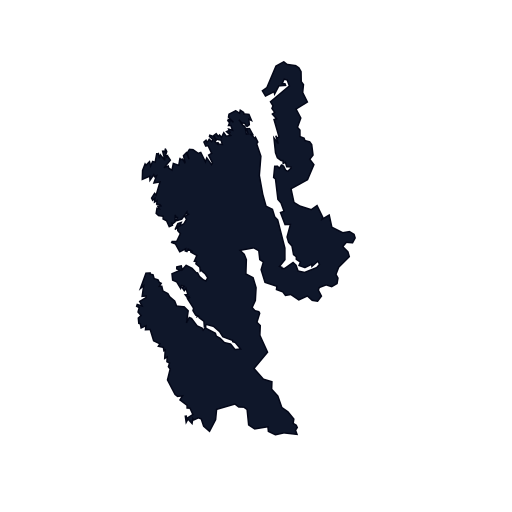 Lødingen nor, Nordland, Norway (orthographic projection), rotated 129°
{"feature_id": "86288312B56909660985265", "entity_name": "Lødingen nor", "entity_type": "district", "adm_level": 2, "iso_a3": "NOR", "parent_name": "Norway", "parent_adm1": "Nordland", "projection": "orthographic", "projection_center": [15.635, 68.46], "detail": "fine", "context": "isolated", "style": "filled", "palette": "ink", "viewbox_px": 512, "rotation_deg": 129, "n_neighbors": 0, "source": "geoboundaries", "source_scale": "gbopen_adm2", "svg_char_len": 6149}
<svg xmlns="http://www.w3.org/2000/svg" viewBox="0 0 512 512"><g transform="rotate(129 256 256)"><path d="M123.6,355.0L125.7,349.3L116.9,345.4L118.4,343.5L109.4,345.3L104.8,340.4L103.9,341.9L105.5,344.3L100.8,345.4L99.6,342.5L102.8,337.1L127.0,341.8L128.6,337.3L131.3,336.5L132.6,331.8L135.4,332.6L136.4,326.4L138.6,327.9L149.0,313.0L151.0,313.9L150.1,316.3L154.8,309.2L153.0,316.3L163.5,305.8L166.2,301.2L166.0,296.4L164.9,295.1L167.0,293.1L164.7,292.1L167.3,288.3L164.8,285.0L165.5,284.0L170.2,284.6L170.7,287.0L168.8,291.1L169.3,293.5L173.2,293.0L172.7,295.8L174.5,297.9L183.9,291.7L183.8,289.4L198.2,274.6L199.0,270.0L203.6,262.3L206.8,264.3L213.3,253.2L209.8,249.1L221.7,243.8L224.8,239.3L225.6,234.3L231.3,227.7L231.2,224.2L233.2,222.6L232.8,217.6L236.3,216.6L234.2,210.7L227.3,207.5L228.9,206.0L221.0,204.7L222.5,201.4L226.7,201.5L238.2,207.9L241.2,213.9L238.0,219.1L237.7,223.1L247.7,225.9L249.4,228.0L248.5,228.7L249.4,231.2L240.7,231.2L231.7,238.5L214.3,261.9L213.8,266.1L209.4,272.6L211.0,279.5L203.8,289.6L191.3,304.1L175.4,315.0L168.4,326.1L166.3,326.3L164.2,330.9L165.2,330.6L164.9,336.5L163.7,334.8L161.1,341.2L162.9,343.3L166.1,339.0L167.4,340.1L162.2,346.3L162.8,348.2L160.9,355.1L161.5,350.6L160.0,348.4L161.0,344.5L158.2,343.8L154.2,347.7L153.5,344.8L150.4,350.6L153.2,354.8L152.2,356.0L152.6,360.0L155.4,358.6L155.9,363.2L162.8,366.2L165.4,364.8L166.3,357.5L166.3,361.9L167.3,363.2L168.3,360.3L168.4,363.7L169.1,360.4L171.9,359.5L170.5,357.7L173.0,353.3L174.6,357.1L176.8,353.2L175.7,356.1L177.9,357.2L178.3,351.6L181.6,354.5L180.5,358.6L185.6,357.4L184.9,360.5L186.9,360.6L186.0,363.9L188.8,364.6L190.5,360.9L188.0,356.0L190.5,352.3L192.6,355.6L191.5,357.3L193.2,356.1L192.9,360.2L191.2,359.9L190.0,364.7L191.2,367.9L192.4,367.4L192.6,362.6L195.0,362.4L194.7,365.8L198.8,365.4L197.5,367.7L200.2,368.2L202.2,364.3L200.4,362.7L204.1,355.1L207.4,356.3L211.1,348.3L213.0,348.1L210.8,356.0L214.7,354.5L210.3,364.1L212.6,365.5L213.0,371.9L215.0,374.8L219.1,374.3L222.9,369.0L219.5,375.1L223.7,375.5L228.6,369.1L227.0,374.2L229.3,375.8L227.4,376.8L234.2,373.1L236.1,378.5L242.2,375.3L242.6,379.2L241.3,380.8L245.3,383.0L235.4,382.9L234.1,387.0L235.6,387.8L233.9,388.2L235.3,389.4L231.0,391.1L229.7,394.1L232.8,391.4L232.4,393.5L233.3,394.5L239.0,387.0L237.6,394.0L241.1,392.5L237.9,396.3L239.2,396.8L238.5,397.8L246.6,393.4L247.6,395.8L252.4,394.5L249.7,398.1L254.8,398.6L254.3,400.1L260.9,398.0L268.0,392.6L260.8,388.8L263.8,386.1L257.2,386.6L258.3,384.7L256.2,383.8L263.5,381.3L258.8,377.2L271.6,371.9L271.1,374.2L276.7,373.6L277.7,371.4L274.8,370.9L277.9,368.8L275.2,367.7L278.2,365.8L276.4,362.8L276.9,361.4L279.1,363.7L280.2,360.8L281.2,363.0L285.7,360.4L285.9,357.1L283.5,353.1L285.7,351.5L284.9,347.6L287.8,341.9L284.7,340.3L283.1,343.0L283.8,341.1L280.4,340.4L274.9,344.7L276.2,342.4L275.5,341.3L279.1,340.3L274.1,336.9L265.3,337.4L267.5,335.2L265.2,334.4L270.2,336.1L271.1,333.1L276.5,332.3L280.6,334.1L277.0,335.2L280.0,337.1L286.4,335.5L282.5,335.1L285.5,332.8L286.2,328.8L294.6,326.8L297.5,330.3L298.6,330.0L297.3,326.2L300.7,317.9L294.7,315.2L296.6,314.2L296.0,312.5L292.5,313.2L294.0,312.1L292.7,310.5L293.7,309.3L291.6,308.6L293.8,308.2L292.8,302.3L298.9,300.6L297.7,298.7L299.9,297.8L300.0,292.6L302.7,289.9L301.7,289.8L301.8,284.4L303.3,279.8L306.9,279.2L307.7,281.8L307.5,287.2L305.9,290.8L306.7,291.8L305.8,297.9L307.2,304.4L313.2,304.7L310.7,307.9L314.3,310.7L315.9,309.5L314.6,305.8L322.7,310.1L327.2,305.6L326.0,301.3L328.6,294.2L325.8,295.4L324.8,292.8L327.1,293.3L328.1,289.9L325.2,290.1L328.8,284.6L330.7,286.6L331.3,283.9L330.2,282.9L332.5,283.0L329.4,281.3L332.5,281.7L335.8,271.7L338.1,270.6L339.9,265.6L339.1,263.9L340.1,263.6L338.8,262.9L339.7,261.4L339.5,255.4L343.2,251.9L340.3,251.3L337.4,244.7L337.7,236.6L339.6,231.0L336.3,221.0L337.2,220.2L336.3,217.6L337.9,209.4L341.9,213.4L340.4,220.3L343.2,226.1L342.5,232.2L343.3,236.4L341.6,239.0L343.7,249.5L342.8,250.4L346.9,250.4L346.0,252.5L347.4,257.8L345.1,266.8L345.8,269.2L351.8,267.9L341.3,274.2L340.7,279.8L344.9,286.2L342.2,290.8L342.0,297.5L340.7,300.8L341.8,306.3L338.8,310.2L340.5,312.1L336.9,312.5L337.4,314.5L336.2,317.2L337.7,320.9L335.4,324.2L336.7,326.8L335.8,327.6L338.6,330.7L353.9,325.4L349.7,324.6L359.0,319.1L356.2,316.2L357.6,315.3L364.5,317.8L366.5,313.0L368.4,317.8L370.2,317.1L369.6,314.3L373.8,312.4L374.6,307.8L378.3,308.4L382.1,304.7L381.5,303.2L384.2,300.0L379.4,297.6L382.9,295.5L379.7,292.0L386.3,282.2L384.7,275.4L387.6,275.1L385.3,270.5L387.6,267.9L386.2,267.4L393.0,262.5L390.3,261.5L394.2,258.7L393.6,255.8L397.2,254.4L397.8,251.6L408.0,246.8L414.5,231.8L414.5,228.6L410.9,225.1L415.7,224.5L415.4,215.6L417.5,213.9L415.8,211.5L418.9,205.3L426.1,207.7L424.3,209.4L425.0,210.1L429.2,205.6L425.5,206.3L426.4,200.3L422.1,202.8L422.6,201.2L418.0,198.9L417.1,196.0L421.2,189.6L421.5,181.8L408.6,184.4L400.0,190.1L384.3,179.2L384.2,174.4L381.1,170.3L380.9,166.3L391.9,155.4L391.2,148.2L381.2,139.3L384.5,136.0L382.7,128.4L375.9,123.0L368.8,111.9L366.5,115.7L363.3,116.0L362.2,118.3L362.7,121.8L358.9,124.0L357.0,133.1L357.5,140.6L351.1,150.9L349.7,160.0L343.7,164.5L347.1,172.8L344.7,186.8L323.5,186.5L315.2,203.1L307.4,208.9L306.9,213.6L298.2,217.1L297.5,218.8L299.2,222.4L298.5,226.6L291.0,228.5L280.6,236.0L274.7,244.6L276.3,252.6L264.9,261.2L262.1,266.2L261.7,272.0L251.1,262.9L250.1,257.2L256.4,250.8L256.0,246.5L263.4,243.4L270.8,232.4L266.4,220.7L269.2,219.0L267.0,212.6L268.1,208.3L264.0,204.7L263.2,195.1L254.7,190.9L255.1,184.4L252.4,179.7L246.0,179.9L243.3,186.1L240.7,187.0L234.3,183.3L232.2,177.9L226.4,175.7L221.6,178.4L220.0,182.3L212.6,184.7L197.8,183.1L194.9,187.2L194.1,194.5L188.5,194.4L185.0,189.3L179.6,190.3L177.5,193.4L178.2,198.7L183.3,203.2L185.9,215.2L178.1,224.9L186.0,227.8L183.9,228.5L178.4,240.3L185.2,242.2L189.6,253.5L190.5,260.2L181.7,271.1L164.3,264.0L148.6,268.5L147.0,275.1L141.7,275.2L134.4,282.8L133.5,286.1L135.5,290.6L134.2,292.8L135.5,297.0L130.5,301.1L129.9,304.8L120.6,308.0L116.6,317.4L104.0,313.0L99.6,322.6L92.9,327.0L92.0,330.6L84.4,337.0L82.8,341.1L83.1,345.0L87.6,352.5L87.6,356.6L95.8,360.0L118.3,353.5L123.6,355.0Z" fill="#0f172a" stroke="#020617" stroke-width="1.5"/></g></svg>